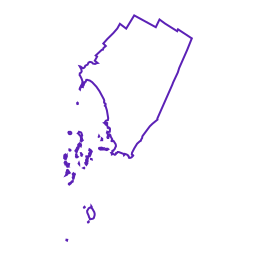 the district of Kien Luong, Kiên Giang, Vietnam
{"feature_id": "81297802B41363610148385", "entity_name": "Kien Luong", "entity_type": "district", "adm_level": 2, "iso_a3": "VNM", "parent_name": "Vietnam", "parent_adm1": "Kiên Giang", "projection": "robinson", "projection_center": [104.552, 10.196], "detail": "fine", "context": "isolated", "style": "outline", "palette": "violet", "viewbox_px": 256, "rotation_deg": 0, "n_neighbors": 0, "source": "geoboundaries", "source_scale": "gbopen_adm2", "svg_char_len": 5755}
<svg xmlns="http://www.w3.org/2000/svg" viewBox="0 0 256 256"><path d="M101.8,49.8L95.7,55.5L97.1,56.6L94.8,60.7L97.6,63.0L96.4,63.2L95.6,63.8L94.9,63.9L93.0,63.6L91.8,62.3L89.9,61.9L88.5,62.6L87.6,64.6L85.3,65.7L84.7,67.2L83.6,68.1L82.6,68.1L80.5,66.5L79.7,66.3L81.2,69.0L81.7,71.2L81.1,72.5L79.8,73.3L79.6,75.1L80.2,75.9L81.6,78.7L82.5,81.5L82.0,84.3L81.1,85.5L80.9,86.1L80.9,86.6L81.4,87.2L82.2,86.8L82.8,87.0L82.8,86.1L83.5,85.5L83.9,84.5L84.2,82.8L84.5,82.8L84.5,82.2L85.6,81.8L85.8,81.5L86.3,79.9L87.6,79.9L87.9,80.1L89.7,80.5L92.2,82.2L96.4,86.7L99.5,91.2L103.9,99.4L104.3,100.9L104.1,101.4L104.1,102.5L104.9,103.6L105.4,103.6L105.6,103.9L105.6,105.0L104.9,105.8L105.7,106.5L106.9,110.4L108.2,118.2L107.9,120.1L106.1,120.6L105.2,121.6L105.4,122.4L104.2,122.9L105.1,123.5L105.4,123.9L105.5,123.5L105.2,123.2L105.8,122.7L106.2,122.8L105.8,123.1L105.7,123.6L107.0,123.1L107.2,123.6L107.0,125.6L107.7,126.6L107.7,127.8L108.1,128.1L108.5,127.5L108.9,127.5L109.4,127.8L109.9,128.5L110.0,129.4L109.8,131.6L109.3,131.6L108.7,132.3L108.1,132.4L107.9,132.1L107.5,132.2L107.2,131.9L106.9,132.8L107.5,133.3L107.8,134.7L108.0,134.9L108.7,135.0L109.6,134.4L110.3,135.0L110.8,136.8L112.2,139.2L111.6,140.5L111.6,141.1L112.4,141.2L113.1,140.8L113.6,141.0L115.6,144.1L115.9,145.3L115.9,146.5L115.3,147.4L114.7,149.0L113.9,149.8L113.4,150.7L112.7,150.6L112.3,150.9L112.3,152.4L112.0,152.7L111.3,152.9L111.9,153.7L111.9,154.4L113.2,153.9L114.9,154.8L115.8,154.2L115.9,153.3L116.2,152.9L117.2,152.8L117.7,152.0L118.9,152.1L123.3,153.8L123.7,154.1L124.0,155.2L124.3,154.9L124.1,154.1L124.6,153.8L126.7,154.5L128.2,155.5L128.1,155.8L128.9,156.8L128.9,157.7L129.2,157.9L130.1,157.9L131.5,157.4L133.2,155.6L132.8,155.0L132.1,154.9L131.8,154.5L132.0,152.8L134.3,148.3L137.1,143.7L139.9,141.2L140.7,140.9L141.3,139.3L142.1,138.1L142.3,136.7L142.5,136.1L149.8,126.3L152.5,123.7L157.5,119.6L157.3,118.9L157.5,118.2L172.3,84.7L173.1,82.5L177.8,72.5L179.2,68.0L187.1,50.1L191.8,38.4L178.0,29.3L177.2,31.2L165.1,23.6L159.5,19.5L155.8,27.2L134.2,15.4L126.2,28.6L119.9,23.8L117.3,28.5L113.3,33.1L107.5,38.8L103.3,43.5L105.8,46.0L103.4,48.1L102.9,49.7L101.8,49.8ZM91.7,208.3L91.7,206.8L91.3,206.2L91.2,207.4L89.6,207.7L88.7,208.3L87.1,210.9L87.3,212.7L88.7,215.8L89.0,217.1L89.6,218.0L89.9,219.3L92.9,218.7L93.8,218.0L94.6,215.3L94.7,214.0L94.3,212.2L92.2,208.5L91.7,208.3ZM80.9,132.4L79.0,131.8L78.4,132.9L77.9,133.4L78.8,134.0L79.6,135.3L79.9,135.4L80.6,136.2L81.1,138.9L80.7,140.8L81.4,141.4L82.7,140.2L82.1,139.5L82.0,138.4L81.5,138.4L81.2,137.6L82.2,135.4L81.3,132.8L80.9,132.4ZM69.7,172.8L67.9,170.1L67.6,169.9L67.0,170.2L66.9,171.3L66.3,172.5L66.4,173.3L66.2,174.6L65.8,175.3L66.9,174.8L67.9,173.1L68.7,173.3L69.7,172.8ZM86.4,164.9L87.4,163.4L87.2,162.2L87.6,161.5L87.6,159.7L86.8,158.8L86.2,159.4L86.0,160.5L86.2,161.5L86.0,162.2L85.2,162.9L85.6,164.0L86.4,164.9ZM78.6,148.0L78.9,146.5L78.2,145.9L78.1,147.3L77.1,147.6L76.4,149.4L75.4,150.7L75.5,151.1L76.1,151.5L76.4,152.3L76.7,152.1L77.1,150.8L78.1,148.9L78.1,148.4L78.6,148.0ZM103.1,148.2L101.6,147.6L99.2,147.9L99.0,148.5L99.3,149.0L100.4,149.6L103.3,149.5L103.7,148.9L103.6,148.4L103.7,148.2L103.1,148.2ZM73.9,173.9L73.4,173.3L72.7,174.1L73.4,176.0L73.4,176.4L72.7,177.3L73.2,178.9L73.5,178.8L73.7,178.3L74.4,175.2L74.9,174.4L74.7,173.8L73.9,173.9ZM70.2,134.2L71.0,133.9L71.3,133.5L71.2,132.4L70.3,131.8L68.7,131.9L68.4,132.5L68.8,133.6L69.3,134.1L70.2,134.2ZM90.3,153.0L89.5,153.0L89.0,153.4L89.3,154.7L88.6,155.7L88.6,156.2L89.5,156.4L89.9,156.1L90.9,153.7L90.3,153.0ZM65.8,161.5L65.2,161.5L64.6,162.8L65.3,163.5L65.3,164.0L66.0,163.7L66.2,163.8L66.4,165.5L66.6,165.6L66.9,165.3L66.4,164.3L66.7,162.9L66.1,162.4L65.8,161.5ZM91.5,152.0L91.8,151.7L91.8,151.4L90.5,149.9L89.5,149.3L89.2,150.3L90.6,151.7L91.5,152.0ZM77.1,157.3L77.8,156.8L76.6,155.7L76.5,155.3L76.6,154.4L76.2,154.2L76.0,154.6L76.3,155.6L75.9,156.2L76.0,156.8L76.3,157.3L77.1,157.3ZM107.7,148.7L105.8,148.8L105.3,149.7L106.8,150.1L107.3,149.8L107.4,149.1L107.7,149.0L108.0,149.4L108.3,149.2L107.7,148.7ZM69.3,184.6L70.7,183.5L71.1,183.0L71.0,182.5L70.7,182.5L70.3,183.0L69.4,183.2L68.8,183.8L68.8,184.2L69.3,184.6ZM108.7,136.2L108.5,135.9L107.6,136.4L107.4,137.6L107.7,138.0L108.3,138.0L108.7,136.2ZM65.6,155.1L65.3,154.5L64.5,155.0L64.2,156.0L64.2,157.2L64.6,156.9L65.2,155.2L65.6,155.1ZM65.8,159.0L66.0,158.2L65.2,157.3L64.7,157.9L64.7,158.6L64.8,158.8L65.8,159.0ZM80.8,146.2L81.1,145.1L80.8,144.1L80.3,143.7L80.4,145.8L80.8,146.2ZM70.0,150.7L70.5,150.4L70.5,150.1L69.8,149.5L69.4,149.4L69.3,150.1L69.6,150.6L70.0,150.7ZM66.4,157.6L66.9,156.3L66.8,155.5L66.0,156.8L66.0,157.4L66.4,157.6ZM87.7,158.8L88.0,158.0L87.7,157.4L87.2,158.3L87.3,158.7L87.7,158.8ZM72.1,182.0L72.7,181.7L72.8,181.1L72.3,181.1L71.7,181.5L71.7,181.9L72.1,182.0ZM77.6,104.8L77.9,103.1L77.5,102.7L77.1,103.1L77.6,104.8ZM67.0,240.6L67.2,239.8L66.5,239.7L66.4,240.3L67.0,240.6ZM102.2,140.2L102.2,138.7L101.9,138.5L101.9,139.1L101.6,139.3L101.8,139.9L101.6,140.2L102.2,140.2ZM84.4,207.7L84.8,207.2L84.5,206.8L83.9,207.4L84.0,207.7L84.4,207.7ZM88.4,222.4L88.8,221.9L88.5,221.5L87.9,222.1L88.0,222.4L88.4,222.4ZM81.9,156.4L81.8,155.2L81.4,154.8L81.2,155.3L81.9,156.4ZM86.8,157.0L87.1,156.4L86.3,156.3L86.2,156.7L86.8,157.0ZM78.7,145.0L79.1,144.6L78.8,144.1L78.4,144.5L78.7,145.0ZM68.9,164.9L69.1,163.9L68.8,163.8L68.4,164.1L68.9,164.9ZM80.0,89.5L80.1,89.0L79.8,88.5L79.6,89.1L80.0,89.5ZM91.0,159.2L91.7,159.4L91.6,159.0L91.0,158.9L91.0,159.2ZM99.0,136.9L99.3,136.6L99.0,136.0L98.7,136.9L99.2,137.3L99.0,136.9ZM84.1,168.3L84.3,168.0L84.1,167.7L83.5,168.0L84.1,168.3ZM79.2,164.3L79.2,164.0L78.9,163.0L78.6,163.6L79.2,164.3ZM68.1,166.7L67.5,166.2L67.3,166.7L67.5,166.8L68.1,166.7ZM81.5,153.7L81.1,153.1L80.9,153.1L81.0,153.6L81.5,153.7Z" fill="none" stroke="#5b21b6" stroke-width="2"/></svg>